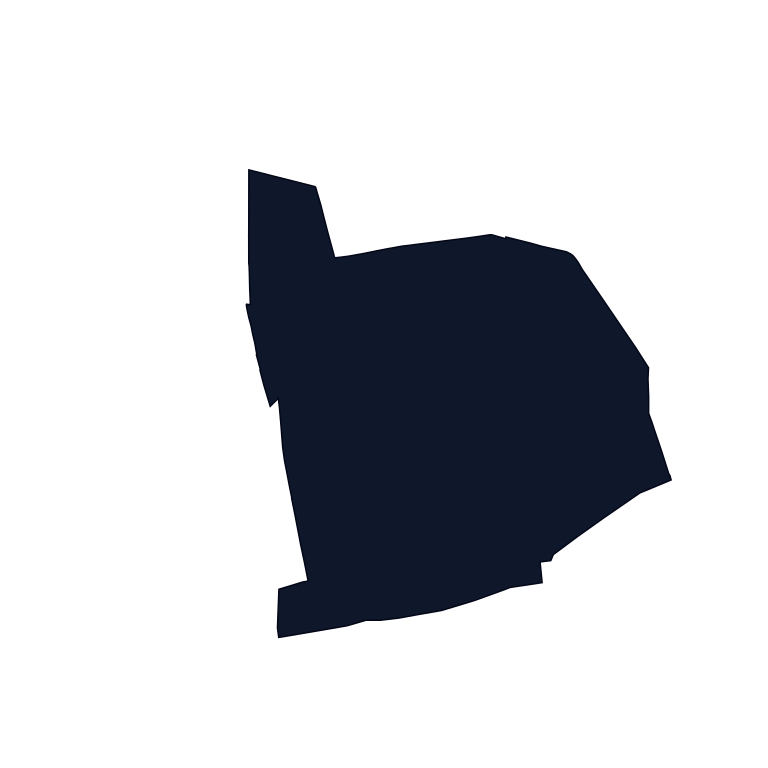 Tlaltenango, Puebla, Mexico, rotated 326°
{"feature_id": "50627088B74613922944869", "entity_name": "Tlaltenango", "entity_type": "district", "adm_level": 2, "iso_a3": "MEX", "parent_name": "Mexico", "parent_adm1": "Puebla", "projection": "albers", "projection_center": [-98.344, 19.163], "detail": "fine", "context": "isolated", "style": "filled", "palette": "ink", "viewbox_px": 768, "rotation_deg": 326, "n_neighbors": 0, "source": "geoboundaries", "source_scale": "gbopen_adm2", "svg_char_len": 1851}
<svg xmlns="http://www.w3.org/2000/svg" viewBox="0 0 768 768"><g transform="rotate(326 384 384)"><path d="M155.0,535.2L158.6,536.9L218.2,563.8L236.8,569.7L249.0,577.9L265.5,586.4L282.4,593.8L305.2,604.0L338.4,614.2L369.5,622.0L374.8,623.2L379.0,625.2L404.0,637.1L413.9,618.8L423.5,623.7L429.0,620.1L459.1,618.7L489.9,617.9L535.1,617.4L568.4,624.1L569.9,619.7L569.8,618.3L570.2,616.6L575.5,598.6L576.3,595.9L582.7,572.6L584.4,566.7L584.6,566.0L586.6,558.0L587.0,556.3L596.2,542.7L605.7,527.4L612.4,518.4L613.0,494.0L612.9,478.6L612.8,453.1L612.7,432.6L612.4,400.0L613.0,391.7L612.9,388.6L612.7,385.3L612.4,383.1L611.3,380.2L609.1,376.3L599.3,366.0L591.2,357.4L584.3,349.2L567.3,330.3L566.2,331.6L565.0,330.3L560.1,324.5L557.4,321.2L555.9,319.9L554.9,319.3L546.2,315.2L535.1,309.8L510.7,297.4L506.3,295.2L475.6,279.6L469.0,276.7L467.6,276.1L463.4,274.2L451.2,269.0L450.1,268.6L438.9,263.9L426.3,258.3L419.3,254.8L415.3,252.7L414.0,252.0L413.7,251.9L414.5,249.3L414.8,248.6L422.7,225.4L426.9,213.6L431.4,201.1L431.7,200.3L435.6,188.0L437.0,183.8L437.3,182.7L437.2,181.9L437.0,181.6L405.7,146.6L391.7,130.9L361.3,175.8L355.3,184.6L355.1,184.8L354.3,186.1L339.7,207.8L337.8,211.3L333.8,217.7L330.9,222.2L328.0,226.7L326.0,229.8L321.9,236.5L317.5,243.5L314.7,241.0L314.0,241.5L313.1,243.5L311.3,247.7L309.1,253.2L307.0,259.4L305.8,262.7L303.1,269.0L301.9,272.2L300.2,276.7L299.4,278.7L297.0,284.0L295.0,288.6L294.5,288.5L289.4,303.3L288.9,303.2L283.7,317.9L277.2,338.9L287.7,336.9L288.5,336.6L288.2,337.2L284.5,344.3L284.4,344.6L278.0,356.1L277.9,356.3L271.4,367.8L271.2,368.1L264.6,379.8L258.9,391.4L258.8,391.6L253.7,403.6L253.6,403.9L248.4,415.9L248.3,416.2L243.5,427.7L243.3,427.6L236.9,443.0L225.2,470.3L217.7,488.8L211.0,504.7L210.8,504.9L205.9,502.7L182.1,495.4L159.3,526.6L155.0,535.2Z" fill="#0f172a" stroke="#020617" stroke-width="1.5"/></g></svg>